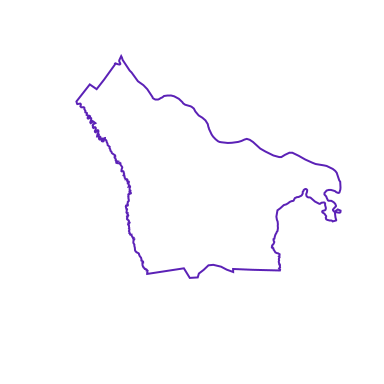 outline of Bella Vista, Corrientes, Argentina, rotated 115°
{"feature_id": "61730980B66875074034941", "entity_name": "Bella Vista", "entity_type": "district", "adm_level": 2, "iso_a3": "ARG", "parent_name": "Argentina", "parent_adm1": "Corrientes", "projection": "mercator", "projection_center": [-58.927, -28.498], "detail": "fine", "context": "isolated", "style": "outline", "palette": "violet", "viewbox_px": 384, "rotation_deg": 115, "n_neighbors": 0, "source": "geoboundaries", "source_scale": "gbopen_adm2", "svg_char_len": 6020}
<svg xmlns="http://www.w3.org/2000/svg" viewBox="0 0 384 384"><g transform="rotate(115 192 192)"><path d="M160.0,58.8L160.1,57.6L159.6,54.9L159.0,54.0L158.9,52.6L159.2,52.1L156.9,49.4L156.5,49.4L154.6,51.1L151.1,53.3L150.5,53.5L149.9,53.3L149.3,52.5L148.7,50.3L148.3,49.4L147.8,49.0L147.3,49.0L146.1,49.5L146.2,52.5L149.1,54.1L149.7,54.8L149.4,55.7L149.0,56.4L148.4,56.8L147.0,56.5L144.2,55.5L143.6,55.7L142.2,57.2L141.4,59.2L141.1,61.9L142.2,64.6L142.1,65.3L140.4,67.4L139.3,68.5L138.3,70.9L136.9,71.5L133.8,70.6L132.3,68.9L131.4,67.0L130.9,63.9L130.8,62.4L131.2,61.3L131.1,59.5L130.8,58.6L130.1,58.2L127.1,58.6L125.2,59.3L120.1,62.0L119.2,63.5L113.4,69.0L112.3,71.2L111.6,74.2L111.5,81.0L112.1,83.6L114.4,91.8L114.6,95.3L114.7,103.1L114.1,110.6L114.0,117.7L115.2,120.3L119.1,123.5L122.6,125.8L123.5,127.8L124.5,133.7L124.3,142.5L123.8,148.5L120.9,157.8L120.3,161.7L120.7,164.8L122.3,166.6L124.8,168.7L127.1,171.3L130.5,176.6L132.4,180.2L134.4,186.1L135.0,188.2L135.0,189.9L134.2,193.0L132.9,196.3L131.6,198.5L127.5,203.4L126.5,204.1L126.2,204.6L123.8,206.4L121.4,210.1L120.3,214.0L119.8,218.3L117.6,223.0L115.6,225.6L115.0,228.1L114.9,229.4L115.8,235.1L115.4,237.4L114.6,238.8L113.1,243.3L112.8,248.6L113.4,251.8L115.0,255.1L116.8,257.9L118.8,258.9L120.3,260.2L121.5,260.9L122.5,261.8L123.7,264.4L123.6,266.5L123.3,267.4L122.6,268.0L117.7,276.0L115.7,281.2L114.5,287.8L109.2,297.3L108.3,299.8L101.6,310.7L99.8,312.3L98.8,313.6L103.4,313.6L104.4,313.1L105.4,311.8L106.2,311.1L106.7,311.2L107.2,311.7L107.7,314.2L107.7,315.7L108.1,316.0L108.4,315.6L127.4,319.2L139.1,321.9L137.7,330.1L158.8,335.0L160.6,333.5L160.8,333.1L159.1,330.7L159.3,330.0L159.9,329.6L161.6,329.3L162.0,328.2L160.9,325.9L161.3,325.0L162.4,324.6L163.6,322.8L164.6,322.6L164.9,322.3L164.8,320.7L165.2,320.4L166.7,320.1L166.8,319.3L166.3,317.4L166.4,316.4L167.0,316.2L167.5,317.4L168.1,317.9L168.7,318.0L169.2,317.8L169.4,317.4L169.3,316.9L167.8,315.7L167.6,315.0L167.8,314.5L169.2,313.9L171.7,313.7L172.1,313.5L172.4,312.8L170.8,312.0L170.3,312.2L169.8,312.1L169.8,311.4L170.4,308.7L172.4,310.2L173.6,310.2L173.9,309.7L174.7,309.5L175.5,309.0L175.6,308.2L174.4,307.6L174.2,307.0L174.7,306.2L175.8,305.7L177.9,305.8L178.6,305.2L178.6,304.5L175.8,303.5L175.8,303.0L176.6,302.4L178.8,301.9L178.8,301.4L179.4,300.6L180.1,300.5L180.3,301.1L180.2,301.9L181.8,301.5L180.7,298.9L180.7,298.5L181.2,298.2L182.1,299.0L182.7,299.0L183.3,298.5L183.5,298.0L183.0,296.9L181.7,296.5L181.5,296.0L181.8,295.6L182.6,295.4L183.5,295.5L184.0,295.2L184.0,294.5L183.7,293.9L183.0,293.6L182.5,293.9L182.4,294.5L180.3,294.3L179.9,293.7L181.2,293.2L181.3,291.9L181.6,291.3L182.7,290.5L183.8,289.1L185.2,288.2L185.8,285.7L187.1,285.3L187.8,284.2L189.1,283.3L189.5,282.1L190.5,281.2L190.7,280.6L191.3,277.2L191.9,276.7L192.4,277.0L193.1,277.0L193.7,276.4L193.8,275.6L194.4,275.3L194.9,274.6L195.7,274.5L196.0,273.9L195.7,272.4L196.9,273.3L197.5,273.0L197.5,272.2L197.0,270.6L196.1,269.6L196.2,269.0L197.0,269.1L198.9,265.8L199.4,265.5L201.1,265.4L202.9,264.8L203.0,264.3L202.3,263.5L202.3,262.9L202.9,262.2L204.0,261.6L204.4,261.0L205.9,261.1L206.0,259.9L207.6,259.0L208.1,257.8L208.6,257.6L207.9,256.4L208.1,255.8L209.3,255.6L209.3,254.0L210.5,254.3L211.1,254.0L210.6,253.2L211.6,253.0L212.2,252.5L212.4,251.8L213.7,251.7L213.2,251.2L213.1,250.5L213.7,250.2L214.4,250.4L216.5,249.4L216.7,248.4L217.1,248.3L217.5,248.9L218.1,248.9L218.8,248.4L218.9,247.9L218.5,247.7L218.5,247.2L219.0,246.9L219.4,247.5L220.1,247.6L220.7,248.6L221.4,248.6L221.7,248.2L223.0,247.9L223.3,247.4L224.3,247.2L225.4,246.2L225.9,246.1L226.7,245.5L228.2,246.0L228.7,245.7L230.2,245.5L230.4,244.9L231.1,244.5L231.6,244.6L232.2,246.0L233.1,245.9L235.0,244.4L234.9,243.8L235.2,243.5L235.9,243.6L236.8,243.1L238.2,242.8L238.6,242.3L238.3,241.4L239.7,240.9L239.8,240.2L240.3,239.8L240.8,239.9L241.0,240.3L241.5,240.6L241.8,240.2L242.3,240.2L242.7,239.6L243.8,239.6L244.2,239.2L244.3,238.4L244.6,237.2L245.2,237.0L246.0,235.7L246.6,235.9L247.0,236.3L247.3,235.7L248.3,236.3L248.7,235.9L248.8,235.3L249.2,234.8L250.1,234.5L251.0,233.7L251.8,233.7L252.0,233.2L252.8,232.7L254.0,232.7L254.8,231.7L255.8,231.4L255.8,230.7L256.7,230.1L256.7,229.5L256.2,228.8L257.0,228.3L258.5,226.3L258.2,226.1L258.1,225.5L258.7,225.2L259.4,225.3L259.8,224.9L259.6,224.4L260.8,224.5L262.6,223.8L263.1,223.4L264.0,222.0L265.2,221.5L266.6,220.3L268.9,219.0L269.8,217.8L269.8,217.1L270.1,216.7L270.1,214.6L270.4,214.0L271.2,213.5L271.5,212.9L272.2,212.3L273.1,210.4L274.7,209.1L275.2,209.1L275.6,208.8L275.6,207.4L275.8,206.9L276.7,206.4L277.3,207.0L279.4,205.8L279.8,205.3L280.4,204.9L280.6,204.1L281.0,203.8L281.2,202.8L281.7,202.3L281.4,201.5L281.5,200.4L282.2,200.1L281.9,199.6L282.1,199.0L282.7,199.0L283.7,198.4L284.2,198.5L285.2,198.0L264.6,167.1L270.8,157.7L267.0,150.7L263.0,151.3L257.6,148.5L251.5,146.1L249.0,141.9L247.4,134.1L247.7,127.7L247.1,120.9L244.4,122.2L236.9,104.2L226.0,79.2L225.2,79.3L224.4,80.8L223.2,80.3L222.7,80.7L221.0,81.4L220.9,82.2L220.3,82.2L219.6,83.2L218.3,84.0L217.0,84.2L216.4,84.8L215.2,85.2L214.3,85.0L213.8,85.3L213.6,86.0L213.0,85.7L211.4,86.3L211.2,88.2L211.5,89.1L211.5,90.9L210.0,93.1L209.8,93.7L208.6,94.5L208.4,95.2L208.7,95.6L208.6,96.1L208.2,96.4L207.1,96.4L206.6,96.8L204.7,96.2L202.9,96.2L202.4,96.4L201.7,97.4L200.3,98.2L199.5,97.6L197.5,98.1L195.2,98.4L193.8,98.2L192.2,98.3L191.3,98.0L188.3,98.9L186.4,100.0L185.0,100.5L182.6,101.9L181.3,103.3L178.7,105.1L172.5,106.8L169.4,105.1L165.1,103.3L163.3,101.3L161.3,100.0L159.8,99.3L158.2,97.9L157.5,96.8L156.9,96.3L154.1,96.2L152.3,94.7L151.5,93.3L149.2,91.4L148.4,91.1L146.6,91.0L145.1,91.7L143.8,91.4L143.1,91.6L142.0,91.1L141.3,90.4L141.1,89.6L141.3,88.9L141.6,88.4L143.3,87.8L145.7,87.6L147.2,86.6L147.8,85.2L147.7,84.3L147.1,82.9L147.1,82.0L148.7,76.5L148.9,71.7L148.6,71.0L147.0,70.1L145.7,68.0L145.6,67.5L146.0,66.6L147.7,65.8L149.5,64.2L150.4,63.7L151.6,63.5L152.5,63.9L153.9,65.6L154.5,65.8L155.1,65.5L155.4,65.0L155.7,62.8L157.2,60.2L157.9,59.9L158.8,59.9L160.0,58.8Z" fill="none" stroke="#5b21b6" stroke-width="2"/></g></svg>